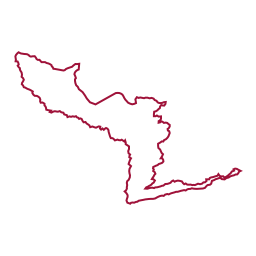 outline of Lavandeira, Tocantins, Brazil
{"feature_id": "56859067B90038949596503", "entity_name": "Lavandeira", "entity_type": "district", "adm_level": 2, "iso_a3": "BRA", "parent_name": "Brazil", "parent_adm1": "Tocantins", "projection": "orthographic", "projection_center": [-46.372, -12.823], "detail": "fine", "context": "isolated", "style": "outline", "palette": "rose", "viewbox_px": 256, "rotation_deg": 0, "n_neighbors": 0, "source": "geoboundaries", "source_scale": "gbopen_adm2", "svg_char_len": 5113}
<svg xmlns="http://www.w3.org/2000/svg" viewBox="0 0 256 256"><path d="M23.8,87.2L25.3,87.6L26.7,88.5L28.1,89.1L29.5,89.6L31.0,90.4L32.8,91.5L32.3,92.9L33.4,94.7L34.7,95.8L36.9,95.9L38.5,96.8L39.7,97.9L40.3,99.5L40.1,101.2L40.7,102.7L42.5,102.5L44.5,103.7L44.5,105.4L45.5,106.5L46.0,107.8L46.3,109.7L48.3,110.2L50.9,110.6L49.8,112.0L51.4,112.6L53.3,111.6L54.9,111.2L56.4,111.5L57.9,111.7L59.8,111.1L61.3,112.3L63.4,112.7L64.2,114.4L65.5,114.8L66.8,115.1L67.5,117.1L69.4,116.4L71.1,116.8L72.7,116.3L74.4,116.7L76.0,116.2L76.9,117.3L78.3,117.8L79.1,118.9L80.3,118.4L81.6,118.9L82.5,120.8L83.6,122.3L85.5,122.0L86.6,123.5L88.2,124.5L89.4,125.4L90.2,127.2L92.4,126.5L94.5,127.3L96.0,127.7L97.2,127.1L98.8,126.4L100.3,126.7L100.0,128.5L101.1,129.6L102.5,128.5L103.8,129.8L104.9,128.7L106.0,128.0L107.5,128.7L108.5,130.2L108.6,131.7L110.0,136.3L110.8,138.1L112.6,138.2L113.6,138.9L114.9,140.4L117.5,139.6L118.7,140.1L120.4,140.3L121.7,139.7L124.3,141.5L125.1,140.4L125.7,142.4L125.7,144.2L127.7,145.5L129.0,146.4L129.0,149.0L128.2,151.1L128.6,153.3L130.1,154.5L129.5,155.7L129.3,157.3L131.0,158.3L130.0,160.0L129.2,162.2L128.6,164.0L131.0,166.1L129.5,168.9L129.2,171.1L129.5,173.4L130.0,175.2L129.8,177.4L128.7,179.8L127.2,181.2L126.8,182.9L127.2,185.1L126.8,187.2L126.9,188.6L125.9,190.6L124.7,191.4L126.6,193.4L127.6,195.2L127.6,196.9L126.8,199.2L126.5,200.6L127.4,202.7L128.9,203.2L130.2,203.7L131.0,202.8L132.6,202.5L134.1,202.7L136.0,201.9L137.5,201.7L138.5,200.8L140.9,200.3L143.1,199.9L145.4,199.4L148.8,199.0L150.3,198.9L152.1,198.9L153.5,198.8L155.3,198.4L156.8,197.5L158.4,196.7L160.1,196.0L162.1,195.6L163.7,195.9L165.1,194.6L167.3,194.0L168.7,194.4L170.6,193.5L171.8,193.1L174.4,192.4L176.1,191.8L177.7,191.8L181.0,190.8L182.4,190.5L184.1,190.1L185.7,190.5L186.9,189.6L188.3,189.0L190.4,188.9L191.8,188.3L193.8,188.7L195.2,188.8L196.7,188.9L202.9,188.5L204.9,187.9L206.5,186.0L207.5,185.1L210.0,184.7L211.2,183.7L211.9,180.9L214.1,180.1L215.6,179.2L217.4,178.7L219.2,178.0L220.8,178.2L221.8,179.1L224.6,179.4L226.3,178.1L228.6,177.5L230.4,176.3L231.8,175.8L234.0,175.3L235.5,174.5L237.2,174.4L238.2,173.3L239.1,171.6L240.6,170.9L238.4,169.8L236.9,168.9L235.1,168.6L233.5,169.3L234.1,170.6L231.8,171.5L230.6,173.3L229.1,174.5L227.9,175.6L226.0,176.9L224.4,177.5L223.2,176.3L221.3,176.4L219.8,176.0L218.4,174.1L217.5,175.7L214.8,176.5L213.0,177.1L211.1,177.4L209.8,178.0L209.2,179.3L207.8,179.3L206.2,179.3L206.5,181.0L205.0,182.3L203.4,182.4L202.0,183.7L200.0,184.2L198.0,183.7L196.3,184.5L194.9,185.1L193.7,184.9L192.3,185.1L190.6,184.6L188.9,184.7L187.2,184.6L185.7,183.5L184.2,184.2L183.0,183.1L181.9,181.4L179.8,180.9L177.9,180.6L176.1,181.0L174.6,181.7L173.2,180.5L171.6,181.4L170.6,182.7L169.5,183.2L167.4,183.9L165.3,184.0L163.4,185.6L161.9,185.8L160.5,186.4L159.0,186.8L157.1,187.3L155.2,187.4L154.1,188.1L152.5,187.7L150.8,187.8L149.3,188.1L147.5,188.7L145.3,188.6L146.3,187.3L147.7,186.8L149.1,185.9L150.2,185.4L151.3,184.7L152.4,183.4L153.7,182.6L154.9,180.5L153.5,179.3L151.9,179.1L152.7,177.7L153.6,176.5L154.3,175.0L155.4,173.8L154.6,172.0L153.2,171.0L153.8,169.4L153.0,168.4L153.3,166.9L154.4,166.5L155.7,165.8L157.6,165.1L158.8,164.0L160.5,163.5L162.2,162.8L163.4,161.5L163.2,159.9L162.3,158.3L160.8,158.3L162.1,156.2L163.0,154.2L161.6,152.9L160.8,151.1L160.1,149.5L158.4,148.0L158.1,145.9L158.1,143.7L160.0,142.7L161.8,141.4L163.3,141.5L164.1,140.1L166.0,139.2L167.5,137.7L168.5,136.2L169.1,134.6L169.7,133.0L169.2,131.2L167.9,130.5L167.6,129.0L168.8,128.1L169.7,126.5L169.7,124.9L168.4,124.0L167.2,122.9L165.7,122.6L163.9,122.9L162.6,121.8L161.3,121.3L160.3,122.3L158.6,122.7L158.7,121.1L160.0,120.4L161.0,118.9L161.0,116.4L158.6,116.6L156.9,115.5L155.7,116.2L153.9,116.2L153.9,114.1L154.2,111.7L155.8,111.3L157.4,110.3L158.5,109.1L159.8,108.2L160.1,106.5L161.3,105.0L162.8,105.5L164.2,105.6L165.4,104.0L165.7,102.0L163.9,102.2L162.2,102.9L160.5,103.1L159.1,103.0L157.7,102.4L156.5,100.8L154.6,100.0L153.6,98.6L151.6,97.9L149.6,98.3L147.5,97.7L145.4,97.7L144.1,98.2L142.4,97.9L140.4,97.5L138.5,97.9L136.9,97.2L135.4,99.3L135.8,101.6L136.0,103.1L134.1,103.9L132.2,104.3L130.2,103.7L128.1,102.7L126.6,101.0L125.4,99.7L124.4,98.2L123.4,96.2L122.4,94.6L120.9,93.6L119.2,93.0L117.3,92.9L115.7,93.1L95.5,104.4L90.0,102.3L86.8,98.5L85.0,95.5L82.6,92.1L78.9,89.2L77.8,86.8L76.2,85.3L75.4,83.1L75.0,80.9L75.0,79.3L75.9,78.1L75.3,76.3L74.4,74.2L74.9,72.5L75.8,71.3L77.1,70.2L78.7,69.5L79.2,63.8L77.1,64.1L75.4,64.0L73.4,65.5L72.0,66.8L70.1,67.4L67.5,68.3L66.0,69.0L64.8,70.1L63.6,70.5L61.7,70.2L59.7,69.8L58.0,69.5L56.3,69.2L54.7,68.9L53.4,68.8L52.8,67.3L51.8,66.4L51.5,65.2L50.4,64.4L48.6,63.5L46.6,63.0L45.0,62.1L43.3,62.1L41.5,62.1L40.5,61.0L39.5,59.8L37.9,59.9L36.6,59.1L35.9,57.7L34.7,56.2L32.6,56.3L30.9,56.6L29.6,56.1L28.7,55.1L27.3,54.3L26.0,54.1L24.2,54.0L22.5,53.7L21.0,53.5L19.9,53.0L18.6,52.3L17.4,53.3L16.1,54.8L15.4,56.3L15.6,57.9L15.9,59.6L15.6,61.3L17.6,61.5L18.3,62.9L18.7,64.6L17.7,65.7L18.8,67.3L19.9,68.2L19.9,69.6L20.6,71.0L21.6,72.5L22.0,74.8L21.6,76.8L23.1,78.2L23.8,79.8L22.9,81.6L22.1,82.8L21.8,84.2L23.1,85.5L23.8,87.2Z" fill="none" stroke="#9f1239" stroke-width="2"/></svg>